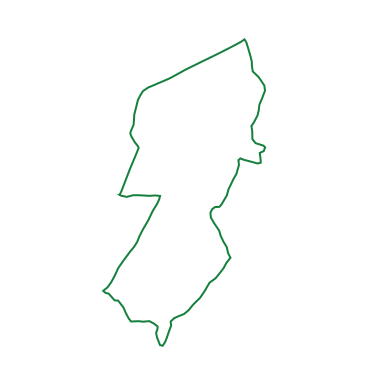 Älvdalen, Dalarna, Sweden (Mercator projection), rotated 56°
{"feature_id": "70781695B70096269486185", "entity_name": "Älvdalen", "entity_type": "district", "adm_level": 2, "iso_a3": "SWE", "parent_name": "Sweden", "parent_adm1": "Dalarna", "projection": "mercator", "projection_center": [13.302, 61.645], "detail": "fine", "context": "isolated", "style": "outline", "palette": "green", "viewbox_px": 384, "rotation_deg": 56, "n_neighbors": 0, "source": "geoboundaries", "source_scale": "gbopen_adm2", "svg_char_len": 1753}
<svg xmlns="http://www.w3.org/2000/svg" viewBox="0 0 384 384"><g transform="rotate(56 192 192)"><path d="M94.8,63.1L94.9,67.4L93.5,80.7L91.6,95.6L89.4,111.2L87.0,128.6L85.3,147.0L80.9,169.9L80.9,176.2L83.1,181.1L85.5,185.4L95.5,196.5L103.6,202.8L107.8,209.4L109.5,210.6L112.2,211.2L118.8,211.6L123.7,211.2L125.6,211.6L128.4,215.6L138.4,230.8L151.8,250.0L153.8,253.4L153.7,253.7L155.3,252.9L159.5,248.9L161.9,242.3L164.8,238.1L171.4,229.4L174.3,224.4L177.4,220.7L179.8,223.4L182.2,227.3L185.8,235.2L190.9,243.9L195.9,254.2L199.3,260.3L202.7,265.3L205.1,270.8L206.9,276.9L210.6,287.4L213.8,295.6L218.3,303.0L221.7,309.6L223.8,315.4L224.3,320.9L227.5,320.0L229.6,317.9L234.4,317.3L238.6,316.7L240.7,314.0L249.4,313.4L255.7,314.6L261.7,315.2L265.3,314.9L269.2,308.6L272.2,305.0L275.2,299.6L279.7,297.2L284.2,295.7L286.3,297.2L288.7,300.5L292.9,302.3L301.0,304.1L303.1,302.3L301.3,298.1L298.6,294.2L294.7,289.1L291.1,284.0L287.5,282.2L286.6,277.4L287.5,272.3L288.7,266.9L288.1,260.9L286.0,254.0L284.2,244.4L281.2,236.9L277.0,228.2L276.7,220.7L274.6,213.8L272.8,208.4L270.1,203.3L268.0,196.9L263.0,196.3L257.1,194.0L250.8,193.7L244.3,192.7L239.3,191.1L230.8,191.1L223.8,190.7L219.6,188.4L217.6,185.1L217.3,181.5L219.6,177.6L218.9,174.6L217.3,171.3L214.3,165.0L210.3,160.4L206.7,154.2L204.7,150.9L201.8,145.0L197.8,140.3L195.9,138.0L191.6,135.7L191.2,133.1L194.2,131.1L200.1,125.9L205.1,121.6L206.1,118.6L202.8,116.6L197.5,114.0L198.2,109.7L195.9,106.4L193.6,106.8L190.3,109.4L187.0,112.0L182.0,112.4L179.4,110.7L175.8,108.4L170.5,105.8L168.9,101.8L165.2,94.9L161.6,91.0L157.3,87.3L153.7,81.7L148.8,74.8L144.2,72.5L134.0,72.5L126.1,74.2L121.1,71.9L117.5,69.6L112.2,67.6L105.0,65.3L98.4,63.3L94.8,63.1Z" fill="none" stroke="#15803d" stroke-width="2"/></g></svg>